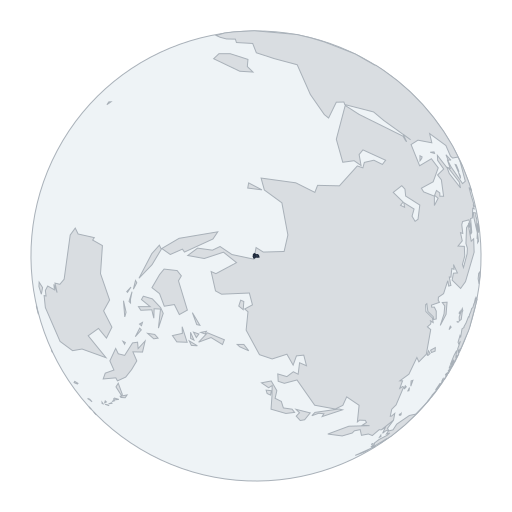 Yangon highlighted on a globe, orthographic projection, rotated 118°
{"feature_id": "MMR-3269", "entity_name": "Yangon", "entity_type": "Division", "adm_level": 1, "iso_a3": "MMR", "parent_name": "Myanmar", "parent_adm1": "", "projection": "orthographic", "projection_center": [96.162, 17.041], "detail": "fine", "context": "on_globe", "style": "filled", "palette": "slate", "viewbox_px": 512, "rotation_deg": 118, "n_neighbors": 0, "source": "natural_earth", "source_scale": "10m", "svg_char_len": 11098}
<svg xmlns="http://www.w3.org/2000/svg" viewBox="0 0 512 512"><g transform="rotate(118 256 256)"><circle cx="256" cy="256" r="225" fill="#eef3f6" stroke="#a8b0b8"/><path d="M471.2,322.4L470.8,323.9L470.7,324.2L471.2,322.4ZM351.6,52.0L353.9,53.4L363.0,58.3L355.5,54.6L377.5,67.6L385.5,74.8L372.1,64.4L367.3,61.7L370.6,65.0L366.5,63.0L365.7,63.7L360.4,61.3L353.0,56.2L349.5,54.8L352.0,57.3L348.4,57.0L345.2,53.4L338.4,52.8L324.8,45.7L320.5,40.6L308.6,37.2L301.8,35.4L318.8,39.7L335.4,45.2L351.6,52.0ZM370.5,62.8L368.2,61.1L371.8,63.5L370.5,62.8ZM366.5,64.3L368.5,65.5L367.2,65.4L366.5,64.3ZM358.1,61.9L355.5,61.7L356.8,60.9L358.1,61.9ZM353.1,61.0L346.9,61.3L350.7,63.8L336.4,57.5L346.4,59.0L347.5,57.4L349.6,59.5L353.1,61.0ZM298.5,34.8L297.0,34.5L298.5,34.8ZM293.1,33.8L297.4,34.7L289.7,33.5L285.0,32.7L282.1,32.3L280.6,32.1L293.1,33.8ZM329.5,54.3L326.9,53.9L328.2,53.4L329.5,54.3ZM276.4,31.6L277.3,31.7L270.8,31.3L272.2,31.3L276.4,31.6ZM302.6,35.7L303.0,36.1L296.8,35.1L296.1,35.2L289.6,33.5L302.6,35.7ZM269.5,31.1L270.0,31.2L267.4,31.1L263.3,30.9L266.5,31.0L269.5,31.1ZM280.5,32.1L281.2,32.2L278.7,31.9L280.5,32.1ZM251.5,30.8L252.7,30.8L247.2,30.9L247.5,30.9L251.5,30.8ZM266.7,31.1L268.2,31.2L269.2,31.3L266.7,31.3L266.7,31.1ZM285.7,33.2L283.0,32.9L288.0,33.8L283.6,33.4L280.1,32.5L279.7,32.8L278.4,32.7L277.0,32.1L285.7,33.2ZM267.2,31.7L261.2,31.0L253.4,31.0L251.9,30.9L264.8,31.0L267.2,31.7ZM273.1,31.9L269.1,31.7L269.3,31.5L272.2,31.5L273.1,31.9ZM281.8,33.7L289.5,34.4L290.0,34.6L281.8,33.7ZM264.9,31.7L266.4,31.9L264.3,31.7L264.9,31.7ZM276.6,33.0L279.2,33.1L279.7,33.3L276.6,33.0ZM267.1,32.3L265.2,32.0L267.0,31.9L267.1,32.3ZM271.4,32.7L271.4,33.0L268.9,32.1L272.5,32.6L271.4,32.7ZM276.6,33.2L277.7,33.4L275.4,33.1L276.6,33.2ZM261.1,33.2L257.4,32.1L261.6,31.8L264.6,32.8L261.1,33.2ZM76.5,119.9L77.2,118.9L73.8,124.1L77.2,128.4L76.5,131.2L69.3,140.2L66.4,160.2L73.5,153.9L77.7,167.4L84.8,171.4L99.5,153.9L87.8,146.8L92.6,136.5L107.3,134.4L118.5,141.8L120.7,138.1L119.4,126.6L127.7,122.2L119.5,122.3L118.6,126.8L113.4,127.4L114.0,123.4L116.9,121.7L115.2,118.4L101.7,128.1L99.2,133.7L91.1,131.1L86.3,140.5L82.0,143.1L88.6,128.4L92.4,124.1L99.9,107.4L95.2,111.4L87.8,127.8L87.5,125.6L81.1,132.4L85.8,125.5L95.1,107.6L91.7,106.3L77.2,119.7L77.3,118.9L79.2,116.3L91.7,101.9L97.3,96.1L95.4,100.1L100.8,95.2L109.9,86.1L108.5,88.4L112.0,85.5L112.1,87.1L120.8,82.8L122.2,84.1L133.8,76.6L136.1,76.6L128.5,80.8L124.1,85.0L128.6,89.8L131.8,89.0L139.0,84.0L139.4,86.4L145.8,81.0L152.4,82.3L149.7,76.6L158.0,71.7L166.5,69.8L168.8,67.4L155.0,70.6L149.9,73.0L146.4,76.5L132.2,83.4L128.8,83.2L141.9,72.9L138.6,71.9L150.2,65.2L180.3,59.0L188.6,60.1L185.2,71.5L178.5,73.6L176.4,70.2L170.8,77.6L174.8,74.9L175.1,77.2L183.2,74.0L183.8,75.5L190.5,70.1L192.1,71.7L187.8,75.1L201.2,72.7L206.7,75.6L209.5,74.4L210.8,72.3L217.0,78.0L218.7,76.9L217.4,74.5L220.0,71.0L227.0,67.3L228.7,69.4L226.4,71.0L224.3,78.2L217.9,82.8L219.4,83.4L225.3,79.9L227.9,71.1L231.6,68.3L231.3,72.2L231.7,70.6L234.1,69.9L238.1,71.4L238.9,67.2L262.8,59.5L273.0,62.5L270.1,66.3L288.6,65.5L298.7,70.4L297.4,68.0L305.4,66.9L302.4,65.3L302.4,64.1L321.7,62.4L327.6,64.2L334.5,62.2L333.8,61.2L329.8,59.6L336.4,57.5L350.7,63.8L351.5,65.7L359.9,69.0L360.4,73.2L364.8,78.7L360.4,82.5L364.2,87.1L367.1,87.9L374.4,95.4L379.5,109.0L362.7,94.1L352.5,76.1L355.5,82.7L351.1,80.3L349.8,82.3L352.3,87.5L354.9,88.6L339.4,94.9L337.8,109.8L347.1,109.2L353.9,114.2L360.2,134.1L346.2,161.6L355.1,171.2L356.2,177.6L349.9,181.4L348.0,172.1L340.7,168.7L340.6,163.3L329.8,167.4L329.2,159.9L321.1,167.3L325.2,173.4L334.9,172.0L328.2,182.6L339.3,193.4L341.5,206.6L326.1,229.9L309.0,236.9L308.1,241.1L300.8,236.2L291.8,244.5L305.9,268.5L305.8,275.4L290.8,288.3L290.4,283.1L271.0,270.1L267.9,286.5L282.5,300.5L287.6,316.5L276.5,311.3L271.3,297.2L264.5,292.2L266.0,277.9L259.8,256.4L248.5,259.9L249.1,251.4L238.8,233.3L222.5,237.7L196.9,258.1L193.8,279.6L184.8,288.1L172.7,255.2L172.2,233.9L164.7,234.8L154.9,215.3L128.9,208.8L128.0,203.0L122.5,204.3L116.1,196.9L115.8,187.4L110.6,186.5L112.1,211.4L118.0,212.6L126.8,205.7L125.8,214.1L132.5,223.4L115.2,239.9L81.2,247.9L82.6,231.4L81.2,182.5L83.9,178.1L84.1,177.6L84.4,176.6L79.4,183.3L80.8,174.1L76.4,206.6L73.6,219.8L80.6,248.7L78.8,250.7L82.5,257.3L100.1,256.7L99.1,262.0L87.9,283.8L67.8,309.4L73.2,332.8L76.4,351.1L69.9,358.7L76.7,373.5L74.2,376.0L78.2,383.9L79.7,390.3L80.0,394.7L73.8,388.4L68.5,380.8L57.9,363.3L41.2,323.8L37.5,309.3L34.9,296.1L31.0,263.2L31.5,248.6L31.7,240.8L31.3,239.7L32.2,230.4L34.8,213.3L38.7,196.5L43.9,180.1L50.3,164.2L57.9,148.7L66.6,133.9L76.5,119.9ZM125.5,160.3L135.4,164.7L139.3,151.4L143.4,152.2L143.2,147.7L139.5,150.5L140.3,138.5L147.6,136.9L150.7,131.8L147.5,130.2L134.1,135.3L132.8,152.0L127.0,155.9L125.5,160.3ZM130.9,70.3L128.1,72.7L124.0,75.3L122.2,75.3L128.3,71.4L130.9,70.3ZM125.2,75.6L138.6,66.4L140.2,66.6L137.1,67.9L136.8,69.0L131.6,71.5L120.0,81.5L115.6,84.5L114.8,81.9L117.5,80.8L120.0,78.2L125.2,75.6ZM170.0,48.4L175.8,46.0L171.8,49.2L166.8,51.2L164.8,50.9L169.4,48.5L170.0,48.4ZM262.4,30.8L261.1,30.8L258.2,30.8L258.3,30.7L262.4,30.8ZM256.9,30.7L254.3,30.7L253.3,30.7L256.9,30.7ZM219.3,33.7L219.6,33.7L215.8,34.3L222.7,33.2L223.2,33.2L232.0,32.5L241.7,31.6L245.1,31.6L241.5,32.0L247.5,31.8L243.1,32.7L245.5,32.9L243.5,34.3L235.3,35.5L238.6,35.6L237.3,37.1L230.6,38.5L231.9,37.1L223.6,39.9L221.5,38.8L220.7,39.2L216.5,39.1L209.9,39.9L209.9,39.3L207.4,40.0L204.5,40.2L201.0,40.9L199.8,40.3L195.4,41.3L197.4,40.5L190.1,42.5L195.0,40.8L191.7,41.3L188.7,42.7L190.6,40.4L219.3,33.7ZM260.3,33.5L250.9,34.5L245.2,34.5L251.0,32.2L249.4,31.9L252.9,31.1L261.2,31.2L259.4,31.4L259.6,31.6L257.0,31.4L259.3,31.8L256.9,32.1L258.1,32.6L254.7,32.7L260.3,33.5ZM79.9,128.8L80.1,130.1L81.4,131.1L77.4,135.8L79.9,128.8ZM86.0,116.6L86.8,116.7L81.7,123.1L81.5,122.0L86.0,116.6ZM91.5,111.8L87.2,116.3L89.4,113.2L91.5,111.8ZM129.7,81.0L131.1,81.2L129.6,82.5L126.8,83.9L129.7,81.0ZM205.5,49.2L207.2,47.7L208.7,47.6L215.6,45.0L217.8,46.0L214.4,48.0L205.5,49.2ZM95.0,155.9L90.5,158.3L90.5,155.9L92.0,155.5L95.0,155.9ZM81.6,146.5L82.6,150.9L80.5,147.7L81.6,146.5ZM209.0,49.8L211.6,48.5L211.1,49.9L209.0,49.8ZM219.7,46.7L219.7,48.0L218.8,45.8L219.7,46.7ZM187.9,456.4L192.4,458.7L189.0,458.3L187.9,456.4ZM100.5,357.1L101.7,386.0L94.8,383.7L89.5,373.8L86.2,355.4L92.8,352.6L95.0,345.0L100.5,357.1ZM342.1,351.8L348.4,352.4L348.1,353.4L342.1,351.8ZM335.6,348.7L342.9,348.7L334.2,350.9L335.6,348.7ZM345.7,348.7L353.1,346.5L356.4,344.7L355.7,346.8L345.7,348.7ZM330.6,348.9L302.8,349.1L291.8,346.4L294.5,342.8L312.4,343.7L330.6,348.9ZM293.6,342.7L276.5,332.2L252.6,301.1L261.2,302.0L286.1,321.0L284.5,324.2L294.9,332.4L293.6,342.7ZM334.5,323.5L332.8,333.0L317.6,332.4L310.7,331.0L305.9,318.8L308.6,312.6L314.3,312.8L336.0,291.2L343.7,296.2L337.2,305.3L343.4,313.4L334.5,323.5ZM194.8,281.8L199.9,295.2L194.9,296.8L194.8,281.8ZM344.4,276.1L335.9,285.6L343.5,273.0L344.4,276.1ZM348.7,264.2L349.4,268.9L345.7,264.4L348.7,264.2ZM308.3,247.7L302.2,248.8L301.9,245.4L309.4,242.1L308.3,247.7ZM343.1,217.9L343.8,227.7L342.9,231.1L339.8,225.2L343.1,217.9ZM230.8,60.7L218.8,62.8L211.5,65.9L209.6,69.7L207.1,65.6L218.3,60.8L230.8,60.7ZM258.7,59.2L260.3,56.5L263.1,57.5L263.1,58.3L258.7,59.2ZM257.2,57.6L252.7,54.7L255.9,53.2L258.8,55.7L257.2,57.6ZM230.4,51.0L226.7,51.5L227.2,50.3L230.4,51.0ZM403.9,426.0L402.9,426.7L409.6,420.8L403.9,426.0ZM380.9,435.2L384.1,429.6L390.5,427.6L384.9,433.3L380.9,435.2ZM435.1,392.6L436.9,390.2L435.6,392.0L435.1,392.6ZM366.6,414.5L324.7,429.9L316.2,428.7L320.1,423.4L315.7,407.4L318.6,407.7L318.9,396.5L344.6,385.0L363.6,364.6L376.0,364.8L386.5,349.8L398.7,349.5L393.9,361.1L405.2,366.7L416.2,340.7L419.8,365.9L425.7,373.5L423.4,388.9L400.4,417.8L390.4,424.5L389.9,422.6L385.3,425.8L380.3,425.8L380.5,418.1L375.9,421.2L381.7,414.4L374.3,420.8L373.1,415.9L366.6,414.5ZM452.0,353.4L452.9,353.6L453.2,357.2L451.8,357.2L452.0,353.4ZM468.6,329.6L468.2,331.4L467.5,332.7L468.6,329.6ZM470.7,324.2L470.0,326.0L471.2,322.4L470.7,324.2ZM460.9,335.6L461.1,337.0L460.6,337.8L460.9,335.6ZM460.6,335.3L461.7,332.3L461.2,335.0L460.6,335.3ZM457.4,323.3L458.3,321.6L458.5,322.6L457.4,323.3ZM357.7,352.0L366.7,344.3L371.4,343.3L357.7,352.0ZM456.6,320.7L454.7,321.1L455.1,319.6L456.6,320.7ZM457.1,317.3L457.1,315.4L457.8,319.7L457.1,317.3ZM453.7,314.0L455.8,316.8L453.3,314.5L453.7,314.0ZM452.1,314.9L450.4,313.8L450.5,313.2L452.1,314.9ZM429.4,322.6L436.3,333.2L430.2,334.1L423.4,327.9L417.2,335.8L403.5,336.5L407.0,331.7L405.4,325.3L390.7,324.2L387.7,320.1L393.1,316.6L383.1,314.0L394.1,311.1L398.4,319.7L404.6,312.0L414.7,312.5L424.1,314.2L431.3,319.7L429.4,322.6ZM393.7,330.8L395.6,330.6L393.8,333.5L393.7,330.8ZM447.0,309.8L449.6,313.5L449.2,314.6L447.9,314.3L447.0,309.8ZM433.0,317.9L440.9,309.1L442.6,308.8L437.3,318.2L433.0,317.9ZM439.2,304.6L442.6,305.0L444.3,308.8L443.6,310.1L439.2,304.6ZM371.3,324.4L370.8,326.9L367.9,325.1L371.3,324.4ZM375.1,322.6L383.9,324.7L374.3,324.8L375.1,322.6ZM347.7,315.4L350.4,321.2L358.9,317.0L352.4,322.8L358.0,332.2L355.9,336.0L350.4,325.7L348.2,336.7L344.4,336.6L342.5,327.4L346.4,315.9L350.2,311.0L365.5,308.3L347.7,315.4ZM375.2,315.4L372.8,308.6L374.5,303.9L377.1,307.4L375.2,315.4ZM365.5,292.4L358.9,284.7L353.1,288.0L364.5,276.3L369.0,285.6L365.5,292.4ZM359.5,275.0L354.1,278.0L359.4,271.3L359.5,275.0ZM352.6,275.4L351.7,269.8L356.0,270.4L352.6,275.4ZM362.3,275.1L362.8,265.6L365.3,271.1L362.3,275.1ZM349.1,257.4L359.0,266.2L346.6,262.8L344.8,244.6L349.9,244.0L349.1,257.4ZM369.7,184.1L367.7,179.2L372.0,177.9L372.2,181.6L369.7,184.1ZM384.2,170.8L372.5,176.0L362.8,180.9L366.4,183.0L365.4,191.6L359.2,183.9L365.1,174.4L372.7,172.3L372.5,165.4L377.3,160.5L374.3,152.2L376.0,148.5L381.0,155.7L384.2,170.8ZM372.6,148.7L369.1,134.5L377.8,136.2L380.5,139.7L378.5,145.3L374.0,144.0L372.6,148.7ZM370.8,131.7L366.4,130.5L352.1,110.9L351.2,107.4L366.7,122.2L363.4,122.0L365.4,126.8L370.8,131.7ZM328.4,55.0L327.0,54.0L329.5,54.9L328.4,55.0ZM300.5,63.3L301.0,61.9L303.9,62.7L300.5,63.3ZM303.8,58.6L300.1,58.7L303.2,57.7L303.8,58.6ZM292.1,59.1L298.3,58.2L293.5,60.4L292.1,59.1Z" fill="#d9dde1" stroke="#a8b0b8" stroke-width="1"/><path d="M258.5,256.6L258.6,256.8L258.4,257.1L258.3,257.3L258.1,257.5L257.9,257.8L257.7,258.1L257.3,258.2L257.0,258.2L256.9,258.1L256.7,258.1L256.5,257.9L256.4,257.8L256.4,257.7L256.3,257.4L256.2,257.2L256.3,257.0L256.4,256.9L256.5,256.9L256.4,256.9L256.2,257.0L256.2,257.4L256.3,257.5L256.3,257.8L256.5,258.2L256.6,258.3L256.6,258.5L256.2,258.7L256.0,258.8L255.9,258.8L255.7,258.7L255.4,258.6L255.5,258.6L255.4,258.6L255.1,258.5L254.9,258.5L254.9,258.4L254.8,258.2L255.0,258.0L255.0,257.9L254.9,257.8L254.9,257.7L255.0,257.5L255.0,257.3L255.0,257.2L254.9,257.0L254.9,256.9L254.9,256.7L255.0,256.5L255.0,256.4L254.9,256.3L254.8,256.2L254.7,255.9L254.7,255.7L254.4,255.5L254.4,255.4L254.2,255.1L254.3,254.8L254.3,254.7L254.4,254.3L254.5,254.1L254.8,253.9L255.0,253.7L255.3,253.5L255.4,253.4L255.5,253.2L255.8,253.5L256.5,254.7L256.5,254.8L256.6,255.4L256.7,255.5L256.8,255.6L256.9,255.9L256.9,256.1L257.1,256.2L257.5,256.2L257.9,256.2L258.1,256.3L258.3,256.4L258.4,256.6L258.5,256.6Z" fill="#64748b" stroke="#1e293b" stroke-width="1.5"/></g></svg>